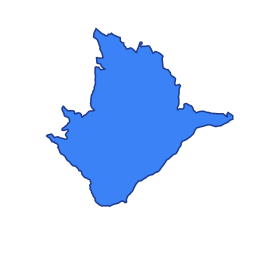 map outline of Équateur (orthographic projection), rotated 214°
{"feature_id": "COD-1461", "entity_name": "Équateur", "entity_type": "Province", "adm_level": 1, "iso_a3": "COD", "parent_name": "Democratic Republic of the Congo", "parent_adm1": "", "projection": "orthographic", "projection_center": [21.263, 1.316], "detail": "fine", "context": "isolated", "style": "filled", "palette": "blue", "viewbox_px": 256, "rotation_deg": 214, "n_neighbors": 0, "source": "natural_earth", "source_scale": "10m", "svg_char_len": 5830}
<svg xmlns="http://www.w3.org/2000/svg" viewBox="0 0 256 256"><g transform="rotate(214 128 128)"><path d="M64.3,174.4L68.3,169.7L69.3,168.8L69.6,168.1L70.9,166.8L71.3,166.2L71.1,162.5L70.6,160.5L70.6,159.4L71.5,155.5L73.5,150.3L75.3,147.8L75.4,147.5L75.5,145.1L75.1,144.4L74.8,144.2L74.3,142.7L74.6,139.9L74.0,137.3L74.0,135.6L73.8,134.2L74.3,132.9L74.8,132.4L75.6,131.0L75.8,130.6L75.9,129.3L76.6,126.9L76.8,125.8L78.0,123.1L77.9,116.7L78.3,114.9L78.1,114.0L78.3,112.0L78.1,110.4L78.9,108.2L79.6,107.2L80.0,107.1L80.7,105.6L81.4,103.3L82.9,101.8L83.1,101.8L84.8,98.9L85.3,97.5L85.4,96.6L86.4,94.8L87.6,91.6L87.9,91.2L89.4,90.3L89.7,89.2L90.0,86.2L89.8,83.6L89.0,78.2L89.4,75.6L89.4,74.2L90.0,73.0L90.1,71.2L89.8,69.4L89.6,68.6L88.6,66.6L88.0,66.2L87.8,65.8L88.0,65.3L88.3,64.8L88.7,64.4L89.1,64.4L89.5,64.7L90.3,64.7L91.7,64.3L92.3,63.8L92.8,63.2L93.9,60.5L94.4,59.8L95.1,59.3L95.4,58.6L96.0,58.3L96.7,57.1L97.7,56.3L97.9,55.5L98.4,55.0L98.9,53.7L99.9,52.6L100.2,52.5L101.5,52.4L102.4,51.2L103.4,50.7L105.2,49.6L106.0,48.7L106.4,48.6L108.2,48.6L109.3,48.2L110.0,48.5L112.6,48.6L113.6,49.0L114.9,49.6L115.9,51.4L118.3,51.9L120.0,53.1L121.8,53.9L123.1,55.4L125.2,56.1L125.9,57.1L126.4,58.1L126.9,58.4L127.7,59.3L127.8,59.7L127.4,60.7L127.6,61.2L130.2,63.6L130.7,63.7L132.5,63.4L134.1,63.4L134.6,63.3L135.4,62.8L136.3,62.8L138.2,63.2L140.5,64.0L141.3,65.1L142.0,65.4L142.2,65.7L143.0,65.9L143.3,66.1L143.7,66.0L144.4,65.3L144.9,65.3L146.7,66.4L147.2,66.5L148.7,66.6L149.2,67.0L150.1,67.1L152.1,66.1L152.4,66.0L154.2,66.1L154.9,66.5L155.9,66.5L156.9,67.2L157.4,67.3L158.6,67.3L159.7,67.1L160.9,67.6L162.3,68.0L162.8,68.5L164.0,69.1L166.0,69.5L168.4,69.4L169.0,69.1L169.9,69.6L171.0,69.9L173.9,72.2L175.3,72.5L175.6,73.9L175.8,74.2L177.1,75.0L178.5,75.2L180.0,74.7L181.2,75.1L181.9,74.6L182.9,74.4L183.5,74.2L184.0,74.5L184.7,74.6L184.9,74.8L185.5,75.0L186.1,75.5L187.4,75.8L187.7,76.0L188.9,75.5L190.2,75.9L191.0,75.9L190.9,76.9L190.5,77.6L189.6,78.4L188.6,79.7L188.1,80.1L187.6,80.2L186.7,79.7L185.5,79.6L184.5,79.0L184.0,78.9L183.3,79.4L181.2,81.5L180.4,81.8L179.0,81.7L177.4,82.5L173.8,83.6L173.0,84.3L172.7,84.9L172.7,85.4L172.8,85.7L173.3,86.3L175.3,86.9L176.0,87.4L176.2,87.8L176.3,88.7L175.9,91.6L176.1,92.3L176.6,93.0L177.1,93.1L177.5,92.9L179.5,90.4L180.4,89.7L181.3,89.4L181.7,89.5L181.9,89.7L182.1,90.6L182.0,91.4L181.1,93.4L180.9,94.7L180.2,95.9L180.4,98.2L179.7,99.8L180.1,100.7L181.3,102.2L182.1,102.9L183.1,103.3L186.9,102.6L187.6,102.7L188.0,102.9L189.3,104.3L191.7,105.6L193.5,106.9L193.8,107.8L193.9,109.7L193.8,109.9L193.3,109.9L191.1,109.1L187.6,108.6L185.2,110.3L183.2,111.5L182.4,111.8L181.6,111.5L180.3,110.1L180.0,109.9L179.8,110.5L179.2,110.7L179.2,111.3L178.9,111.6L178.2,111.7L178.1,112.3L177.7,112.5L177.6,112.8L177.1,113.1L176.6,113.1L175.5,113.5L174.9,113.1L174.3,113.1L173.4,111.9L172.4,111.4L171.9,111.4L171.7,111.5L171.8,112.5L171.8,113.1L170.3,115.9L169.8,119.3L169.5,120.1L168.7,121.1L166.7,122.5L166.2,123.0L165.7,124.1L165.8,124.2L166.4,124.1L166.9,124.2L167.3,124.1L168.7,124.4L169.3,124.8L169.9,124.9L171.0,125.6L172.8,127.4L173.8,129.7L174.9,131.2L175.9,133.5L176.6,134.6L176.7,135.1L176.6,135.7L176.7,136.7L177.6,138.9L177.5,140.9L177.8,141.6L178.8,142.9L179.4,145.4L180.0,146.8L180.5,147.6L182.3,149.7L183.5,152.2L185.7,154.7L188.8,159.3L189.0,159.8L188.9,160.5L188.7,160.8L187.5,161.1L186.6,161.9L185.8,161.8L184.0,161.2L183.2,161.2L182.4,161.7L180.1,163.8L180.4,163.9L184.5,164.2L185.0,164.4L185.7,165.4L186.1,165.6L186.7,165.6L189.8,164.5L190.5,165.0L192.5,167.6L193.4,168.4L193.4,168.8L193.0,169.1L190.8,169.8L188.3,171.7L188.1,172.3L188.5,172.8L189.0,173.4L192.3,176.1L194.1,176.9L195.5,177.8L196.0,178.5L196.3,179.4L196.7,179.8L197.9,180.4L201.0,182.9L202.7,183.9L203.7,184.2L206.8,184.1L207.4,184.2L207.6,184.5L209.0,187.2L209.4,188.5L210.0,192.5L203.0,191.7L201.5,191.8L201.0,192.0L197.7,192.1L197.2,192.4L196.8,192.9L196.8,194.5L196.6,194.8L196.3,195.1L195.4,195.5L195.1,195.9L194.9,196.2L194.8,197.3L194.3,197.3L192.8,197.1L191.8,197.1L186.0,198.2L185.1,198.6L184.7,198.3L183.3,196.2L182.5,195.7L181.8,195.6L180.8,195.5L179.2,196.1L178.5,195.0L176.8,194.0L175.6,193.9L173.9,193.0L173.1,193.1L172.7,193.0L172.3,193.4L171.1,195.4L170.3,196.0L169.7,196.1L166.5,195.9L163.5,195.1L163.2,195.3L163.3,196.0L164.0,197.7L164.5,200.7L165.8,205.3L165.7,206.0L165.5,206.3L165.0,206.7L164.3,206.7L163.7,206.1L163.6,205.5L163.7,204.0L163.5,203.3L163.2,202.9L162.6,202.8L162.0,203.2L161.4,204.0L160.7,204.7L159.1,205.5L157.9,206.9L156.2,207.8L155.1,207.4L154.5,207.0L153.2,206.5L152.3,205.7L151.4,205.5L150.4,204.5L149.8,204.4L148.9,204.0L148.7,204.1L148.6,204.3L148.4,206.4L147.6,206.9L144.3,207.6L142.7,207.6L139.1,207.1L138.9,205.5L138.6,204.7L132.5,197.4L132.1,197.3L131.8,197.3L131.3,197.8L129.5,197.7L127.6,198.6L127.0,198.7L125.2,197.9L124.0,197.7L122.7,196.3L122.0,195.9L120.2,195.7L118.1,195.9L116.5,195.6L115.8,194.9L114.3,191.2L113.0,190.2L112.5,190.0L112.1,190.1L111.8,190.3L109.9,192.7L108.6,192.6L108.1,192.4L107.9,191.1L107.2,188.5L105.0,185.2L104.0,182.9L103.4,181.8L101.8,180.1L99.1,176.1L98.7,174.1L98.6,173.1L98.3,172.2L97.9,171.5L97.4,171.0L97.1,170.8L96.9,170.9L96.7,171.1L96.3,172.2L96.0,172.7L94.9,173.4L93.6,174.0L93.1,174.7L93.1,176.6L93.5,177.3L94.5,178.3L94.7,178.9L94.6,179.4L93.8,180.5L93.4,180.9L92.5,181.1L90.8,181.0L88.6,181.6L87.4,181.7L85.7,181.0L83.8,179.4L80.5,178.9L79.7,178.9L78.8,180.5L78.0,181.5L76.9,182.6L75.1,183.9L74.3,184.3L71.7,184.9L69.9,186.0L67.7,186.6L66.6,187.1L59.6,191.2L57.4,192.9L55.8,192.9L52.1,192.6L51.9,193.0L52.0,193.4L53.3,194.2L53.6,194.6L53.7,196.8L48.1,196.8L46.6,194.7L46.0,193.9L47.6,191.8L47.9,191.2L48.0,189.7L48.3,189.0L49.4,187.0L50.1,186.1L52.3,181.7L53.9,180.5L55.9,178.3L56.3,178.1L58.0,177.7L59.4,177.1L60.9,176.9L62.2,176.4L62.6,175.8L63.4,175.4L64.3,174.4Z" fill="#3b82f6" stroke="#1e3a8a" stroke-width="1.5"/></g></svg>